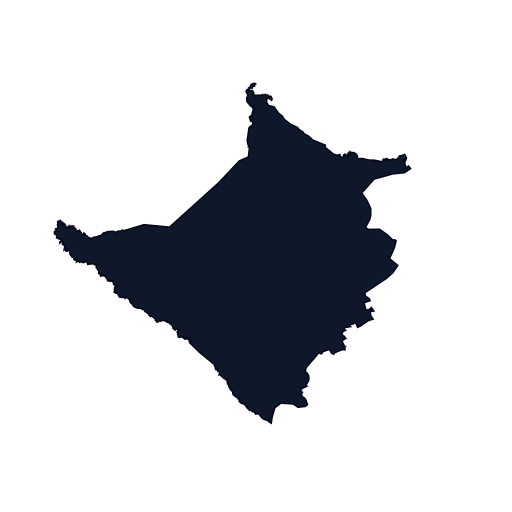 the district of Lanao del Sur, Lanao del Sur, Philippines, rotated 157°
{"feature_id": "2640588B65127685102762", "entity_name": "Lanao del Sur", "entity_type": "district", "adm_level": 2, "iso_a3": "PHL", "parent_name": "Philippines", "parent_adm1": "Lanao del Sur", "projection": "natural_earth1", "projection_center": [124.133, 7.782], "detail": "fine", "context": "isolated", "style": "filled", "palette": "ink", "viewbox_px": 512, "rotation_deg": 157, "n_neighbors": 0, "source": "geoboundaries", "source_scale": "gbopen_adm2", "svg_char_len": 6141}
<svg xmlns="http://www.w3.org/2000/svg" viewBox="0 0 512 512"><g transform="rotate(157 256 256)"><path d="M313.7,104.2L311.3,101.3L310.1,101.3L309.8,99.9L308.4,99.8L309.0,98.5L307.3,96.1L304.2,101.2L298.0,108.9L290.6,110.8L279.7,105.3L276.4,100.3L269.5,98.3L266.7,99.0L266.3,103.7L266.7,106.2L268.2,108.0L268.4,111.0L266.5,112.3L267.4,114.1L266.4,115.9L259.9,116.3L260.4,117.1L260.0,118.2L258.8,118.7L258.3,120.2L257.2,119.8L255.5,121.7L254.3,125.1L254.5,127.6L255.8,130.5L253.3,133.7L236.0,142.3L234.0,140.3L231.6,141.8L224.9,141.3L224.5,137.1L222.9,135.1L221.9,136.2L213.0,136.1L210.8,134.8L210.1,136.5L210.4,137.5L209.3,137.8L209.9,138.1L210.0,144.3L205.5,145.1L206.2,145.9L205.8,147.2L207.2,149.1L207.4,151.3L206.3,151.5L206.2,152.5L202.5,152.5L203.6,155.7L196.5,154.0L197.3,156.0L192.4,155.5L190.4,156.2L190.4,150.6L186.1,150.8L186.3,151.7L185.0,151.3L177.9,152.6L172.8,152.1L173.7,155.9L172.5,160.3L169.0,159.3L169.9,163.5L172.6,162.5L175.9,163.3L174.8,170.7L168.3,170.3L168.5,172.7L170.9,176.2L170.2,179.6L144.6,184.4L136.7,187.1L129.1,191.9L134.1,201.4L125.3,209.6L121.1,215.2L121.7,216.5L124.0,217.5L127.0,224.6L131.9,232.4L142.1,236.6L144.1,239.5L137.0,245.1L134.4,248.8L131.8,254.8L132.2,263.9L134.0,272.7L117.3,280.6L98.4,278.2L86.6,274.6L79.5,276.1L80.5,279.3L82.6,278.5L83.1,279.9L82.9,284.2L82.1,284.1L81.9,285.3L81.4,285.4L81.9,286.4L80.5,286.0L79.1,287.5L79.5,291.6L82.2,291.4L84.9,292.1L88.7,289.4L88.7,290.2L90.3,290.4L92.5,292.1L93.3,291.6L95.7,292.4L98.0,294.9L99.2,294.0L100.2,295.2L100.5,294.1L101.7,294.7L101.7,293.9L103.2,293.6L109.5,297.9L110.0,296.9L110.5,298.4L114.4,300.1L120.1,304.3L123.0,305.2L124.3,303.8L123.6,304.9L124.3,306.0L123.6,308.5L124.1,311.1L125.7,313.1L128.0,314.0L128.1,314.6L129.4,313.6L129.5,315.0L130.9,312.8L131.1,314.4L131.9,313.5L133.0,313.5L133.2,312.2L134.3,315.1L136.1,314.6L137.8,312.5L139.1,313.8L139.4,315.9L140.1,315.3L139.2,316.6L142.1,317.2L144.5,319.2L145.8,321.2L146.7,320.9L146.0,321.6L147.0,323.6L147.7,323.4L147.0,323.9L150.0,329.1L149.0,330.5L151.0,330.9L149.3,331.4L157.6,339.8L157.6,338.8L160.7,345.7L164.3,350.3L164.0,351.2L166.9,355.8L166.5,355.2L167.0,355.2L167.5,358.0L172.6,363.7L176.3,370.3L177.2,373.2L176.8,373.8L179.4,378.8L181.1,386.3L185.8,389.8L186.1,393.7L184.9,396.0L183.0,396.7L180.8,393.2L179.8,394.2L179.8,396.9L180.8,397.9L182.1,397.4L182.3,399.8L183.6,399.7L184.3,401.2L185.8,400.8L187.0,402.2L188.1,401.8L194.2,404.5L195.6,404.5L196.0,405.6L194.5,406.3L194.2,407.8L194.8,410.0L198.5,410.2L196.4,412.5L193.7,412.1L192.2,413.8L191.0,412.9L190.7,414.0L189.0,414.5L189.8,415.6L193.5,415.9L195.9,413.5L197.2,413.7L198.1,412.4L199.6,412.6L200.9,411.4L200.7,407.2L203.0,404.9L204.0,401.4L202.1,395.5L200.3,394.6L201.1,393.9L201.3,391.7L203.9,388.8L204.6,386.2L205.1,386.6L204.5,387.1L205.4,387.3L207.8,386.5L208.1,383.7L207.1,383.7L208.3,382.3L206.7,380.6L206.7,379.6L209.1,377.2L209.7,377.7L210.7,376.4L211.1,377.3L212.3,376.8L212.2,376.0L212.7,376.2L218.9,365.9L219.9,362.2L219.3,360.3L220.4,359.6L219.5,358.7L224.3,350.2L234.2,350.1L261.3,338.2L324.3,316.4L346.8,328.6L367.6,330.9L369.0,332.2L371.0,331.7L372.8,332.8L375.8,332.6L377.8,334.6L383.6,336.6L386.2,336.1L386.7,337.0L391.7,335.2L392.6,336.2L393.7,335.6L398.5,336.7L401.6,336.3L401.9,337.8L403.8,339.4L403.7,340.7L405.2,341.9L404.6,343.1L405.4,344.4L406.4,342.8L407.4,343.1L408.4,348.6L409.0,348.3L410.4,349.0L411.2,348.3L412.3,348.8L412.4,350.3L411.3,350.4L411.4,352.1L412.7,353.1L412.0,354.7L413.5,355.6L416.1,355.6L415.8,356.5L417.5,355.6L417.4,356.5L418.2,356.0L419.3,356.5L419.4,357.9L420.3,358.4L419.4,359.3L419.5,360.1L420.2,360.2L420.2,361.2L421.6,361.0L420.9,362.6L422.1,363.9L422.1,365.2L425.2,365.2L425.8,362.8L426.7,362.2L426.7,360.3L428.6,358.9L429.9,359.3L430.0,357.3L431.9,357.4L432.9,355.1L431.7,353.9L431.6,351.4L432.5,350.7L429.1,347.1L429.5,345.7L431.3,345.7L431.6,344.4L428.8,345.2L428.1,344.2L428.4,342.8L429.1,343.2L429.7,342.3L427.9,340.3L430.3,336.5L428.3,337.0L429.2,335.0L427.5,334.0L426.4,335.5L425.3,333.7L426.5,330.5L425.6,326.6L423.4,326.6L425.0,324.4L424.4,323.0L422.2,322.8L423.7,320.6L421.1,320.7L420.9,319.1L419.9,319.3L418.2,317.8L416.8,318.6L417.1,317.3L413.9,317.2L414.2,313.3L413.3,314.8L412.7,313.6L409.4,312.7L407.8,311.1L406.6,309.5L407.6,307.9L406.6,303.4L407.7,301.5L406.6,299.9L406.8,298.1L404.6,297.8L403.2,296.5L402.4,297.3L402.5,293.9L401.8,292.6L402.3,291.3L400.7,291.1L401.0,290.3L400.5,290.0L399.4,290.5L399.6,289.4L397.6,289.2L398.1,285.5L396.7,281.6L398.4,282.1L398.3,281.3L399.2,281.1L400.0,278.9L400.6,279.4L400.2,278.7L400.7,278.0L399.6,276.5L398.1,275.9L397.8,271.6L395.2,270.0L394.4,270.2L394.1,269.6L393.1,269.7L393.1,268.0L391.8,268.5L390.6,267.8L389.6,265.4L389.8,261.9L388.5,260.6L388.9,259.8L388.1,256.9L385.4,254.3L382.2,252.6L381.8,251.6L380.1,250.3L379.8,247.9L379.0,247.9L378.3,245.7L377.2,244.7L377.6,243.5L376.8,241.5L375.7,241.5L373.9,238.8L373.4,237.4L373.8,236.1L372.9,235.1L373.3,234.0L371.7,233.5L371.1,234.3L369.1,233.1L368.4,233.9L364.6,231.6L364.4,230.7L363.8,231.0L363.5,229.8L362.5,230.4L362.4,229.3L361.7,229.0L362.2,228.3L361.9,227.4L360.8,227.6L361.0,226.4L360.1,223.7L360.7,221.9L360.1,221.5L359.9,219.9L359.2,219.4L358.9,220.0L357.1,219.6L356.8,217.7L358.2,217.0L357.6,216.5L358.4,215.7L359.1,211.5L358.4,211.1L358.1,211.8L357.5,211.1L356.9,211.7L355.6,209.7L354.9,209.4L354.6,210.0L353.7,208.3L354.4,208.2L353.9,207.1L352.2,207.8L352.2,206.9L350.8,206.7L351.2,206.0L350.7,205.6L350.6,206.6L349.9,206.0L350.2,205.3L349.4,205.6L349.1,204.3L349.7,203.0L350.1,203.9L350.8,203.5L350.8,201.6L345.3,188.6L336.7,172.3L337.1,171.1L336.6,169.4L337.3,169.0L337.5,167.3L336.2,166.2L336.1,164.5L335.5,164.5L334.9,162.9L336.5,161.0L335.6,160.8L333.1,155.3L331.6,154.5L331.9,153.6L331.3,153.3L331.6,152.5L331.0,151.9L331.9,150.6L331.5,149.8L332.2,149.3L331.5,148.2L332.1,145.9L331.4,144.1L331.9,143.5L330.6,140.4L331.3,137.2L330.1,136.1L330.2,135.1L328.3,132.4L328.3,131.3L327.5,131.1L327.1,129.9L328.3,129.2L327.5,126.7L324.1,123.5L324.3,122.2L323.5,121.4L323.8,120.5L322.3,116.4L320.2,115.4L320.3,114.3L318.8,113.4L318.0,110.5L316.4,110.4L315.0,109.1L313.7,104.2Z" fill="#0f172a" stroke="#020617" stroke-width="1.5"/></g></svg>